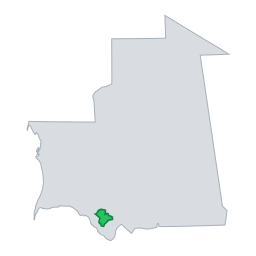 location of M'bout, Gorgol, Mauritania
{"feature_id": "47542326B11221851845412", "entity_name": "M'bout", "entity_type": "district", "adm_level": 2, "iso_a3": "MRT", "parent_name": "Mauritania", "parent_adm1": "Gorgol", "projection": "orthographic", "projection_center": [-12.565, 16.012], "detail": "fine", "context": "in_parent", "style": "filled", "palette": "green", "viewbox_px": 256, "rotation_deg": 0, "n_neighbors": 0, "source": "geoboundaries", "source_scale": "gbopen_adm2", "svg_char_len": 4478}
<svg xmlns="http://www.w3.org/2000/svg" viewBox="0 0 256 256"><path d="M107.7,239.5L107.4,239.4L105.5,238.1L104.6,236.5L103.2,235.4L101.1,234.6L99.8,233.7L99.2,232.7L98.5,232.0L97.7,231.7L97.6,231.3L97.8,230.8L97.6,229.9L96.4,227.9L95.3,227.0L94.4,227.1L93.9,226.9L93.5,226.4L93.4,225.7L92.8,225.2L91.7,224.9L90.8,223.4L90.1,220.6L89.2,218.5L88.2,216.9L87.4,216.4L86.8,216.3L86.6,216.0L86.5,215.6L85.6,215.4L84.5,215.9L83.4,215.7L82.9,214.9L82.2,214.9L81.2,215.5L80.2,215.3L79.1,214.3L78.5,213.3L78.4,212.3L76.5,210.4L72.8,207.5L68.8,206.1L64.4,206.2L62.0,206.0L61.5,205.6L60.9,205.6L60.4,206.1L59.8,206.2L59.2,205.9L58.8,206.1L58.7,206.9L57.1,207.2L54.2,207.2L51.8,207.6L50.0,208.5L47.5,208.9L44.2,208.7L42.2,208.3L41.5,207.8L40.6,207.6L39.4,207.9L38.2,209.3L37.2,211.9L36.4,213.4L35.8,213.7L35.1,215.6L34.6,218.9L34.0,220.3L34.2,212.2L35.2,209.2L35.5,206.6L37.6,200.7L40.1,196.0L42.4,189.7L43.4,183.5L43.2,177.5L42.7,172.1L41.6,168.5L40.7,163.4L39.1,160.7L36.3,158.2L35.7,156.8L36.4,156.3L38.1,156.0L39.3,154.2L36.9,154.9L39.8,149.3L40.7,145.4L40.6,142.9L41.2,141.4L39.2,138.0L37.7,133.7L36.8,133.0L36.0,132.6L35.9,133.6L35.4,134.5L34.4,133.9L32.7,130.8L30.4,125.7L29.5,125.2L28.8,125.9L28.3,126.5L27.3,130.7L27.1,129.0L27.5,127.1L28.2,124.7L29.0,121.3L31.1,121.4L35.0,121.5L42.7,121.6L46.5,121.7L54.2,121.8L58.0,121.8L65.7,121.9L69.6,121.9L77.3,122.0L81.1,122.0L88.8,122.0L92.7,122.0L95.2,122.0L95.1,119.7L95.0,117.8L94.8,115.2L94.7,112.7L94.5,110.2L94.4,107.8L94.2,105.4L94.1,103.2L94.0,101.2L93.8,100.0L93.0,97.7L92.8,96.6L93.0,95.4L93.6,94.3L95.1,92.2L97.3,90.6L99.9,88.7L101.9,87.3L102.9,87.0L106.0,86.5L108.4,85.4L110.8,84.4L111.7,83.8L111.9,81.9L111.7,38.8L123.2,38.7L126.2,38.7L147.3,38.5L150.3,38.5L165.6,38.2L165.6,36.2L165.5,33.3L165.4,29.3L165.2,25.3L165.0,18.3L164.9,15.4L168.0,17.3L174.1,21.0L177.2,22.9L183.4,26.7L189.6,30.5L195.8,34.2L199.0,36.1L202.1,38.0L205.2,39.9L208.3,41.7L214.6,45.5L217.2,47.0L221.3,49.5L225.1,51.9L228.9,54.2L223.2,54.4L215.6,54.7L210.5,54.9L205.1,55.0L200.2,55.2L200.8,59.2L201.4,63.6L202.1,68.1L202.7,72.5L203.4,76.9L205.4,90.2L206.0,94.6L206.7,99.1L207.4,103.5L208.0,107.9L209.3,116.8L210.0,121.3L210.6,125.7L211.3,130.2L212.0,134.6L212.6,139.1L213.9,148.0L214.6,152.4L215.2,156.9L215.9,161.3L216.5,165.8L217.2,170.2L217.8,174.7L218.5,179.2L219.8,188.1L220.4,192.5L221.1,197.0L221.7,201.5L222.3,205.8L224.4,208.0L227.1,210.8L226.5,214.9L225.8,219.7L225.0,225.0L217.8,225.3L210.8,225.5L193.1,226.0L189.6,226.1L172.0,226.5L168.4,226.5L161.6,226.6L159.6,226.6L158.8,226.2L158.5,223.4L157.9,223.6L157.2,224.4L156.9,225.3L157.0,226.4L156.9,227.4L154.7,227.8L151.6,228.5L148.4,229.0L145.1,228.9L144.0,228.7L142.8,228.3L140.2,228.0L138.8,228.0L137.2,228.1L135.2,228.3L134.6,228.8L133.2,230.9L131.8,233.2L130.9,233.2L129.9,231.9L127.0,229.5L123.6,226.3L122.1,224.7L121.2,224.5L119.6,225.7L118.2,226.8L116.8,228.4L116.1,229.9L115.6,231.6L115.4,233.7L114.8,236.1L113.7,238.1L112.3,239.6L111.2,240.3L110.8,240.6L107.7,239.5ZM38.2,150.7L37.1,152.4L36.6,151.7L36.5,150.6L37.5,149.0L37.9,148.1L38.8,147.8L38.2,150.7Z" fill="#d9dde1" stroke="#a8b0b8" stroke-width="1"/><path d="M99.3,209.7L99.2,209.9L99.1,210.0L99.1,210.3L99.0,210.6L98.8,210.7L98.7,210.7L98.6,210.8L98.4,210.8L98.5,211.1L98.3,211.2L98.2,211.2L98.1,211.3L97.9,211.3L97.8,211.6L97.7,211.8L97.5,212.0L97.4,212.1L97.3,212.3L97.2,212.4L97.1,212.6L97.0,212.8L96.9,212.9L96.9,213.0L96.4,213.8L96.0,213.9L95.8,213.9L95.3,214.0L96.5,215.0L97.8,216.1L100.0,218.1L99.9,218.5L99.8,218.9L99.5,219.3L99.2,220.7L99.1,221.2L99.1,221.5L99.0,221.8L98.9,222.1L98.9,222.4L99.1,222.6L99.2,222.8L99.3,222.8L99.6,223.1L99.9,223.4L99.9,223.5L100.0,223.7L100.8,223.7L101.0,225.6L102.0,226.1L103.3,226.4L103.4,226.2L104.0,225.9L104.4,224.3L104.6,224.0L105.6,223.3L106.1,222.7L106.3,222.5L107.0,222.0L107.3,221.6L107.7,221.3L107.9,220.9L108.0,220.6L108.3,220.3L108.6,220.1L108.8,220.1L109.0,220.2L109.3,219.9L110.1,220.0L112.5,219.4L112.6,219.2L112.5,218.5L112.3,218.0L112.2,217.8L112.4,217.1L111.8,217.1L111.6,217.0L111.5,216.7L111.2,216.4L110.7,216.0L110.1,215.9L109.8,216.0L109.2,215.7L108.8,215.7L108.4,215.3L108.4,214.7L108.4,214.0L108.2,213.7L107.6,213.6L107.4,213.4L106.6,213.5L106.0,214.1L105.5,214.4L105.3,214.4L105.0,214.4L105.1,214.0L105.1,213.7L105.3,213.3L105.3,212.9L105.5,212.2L105.4,211.7L105.3,211.4L105.2,211.0L105.3,210.9L105.1,210.8L104.9,210.4L105.1,210.1L101.6,209.3L101.0,209.2L100.2,209.8L99.8,209.7L99.5,209.7L99.3,209.7Z" fill="#22c55e" stroke="#15803d" stroke-width="1.5"/></svg>